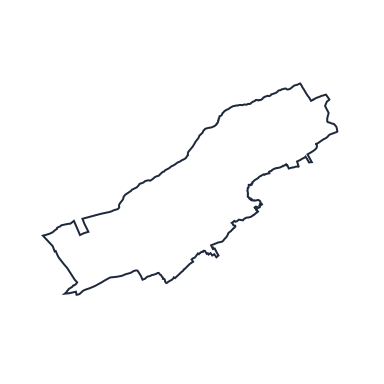 the district of Gherghesti, Vaslui, Romania, rotated 78°
{"feature_id": "2599482B70910765176420", "entity_name": "Gherghesti", "entity_type": "district", "adm_level": 2, "iso_a3": "ROU", "parent_name": "Romania", "parent_adm1": "Vaslui", "projection": "equal_earth", "projection_center": [27.522, 46.523], "detail": "fine", "context": "isolated", "style": "outline", "palette": "slate", "viewbox_px": 384, "rotation_deg": 78, "n_neighbors": 0, "source": "geoboundaries", "source_scale": "gbopen_adm2", "svg_char_len": 6053}
<svg xmlns="http://www.w3.org/2000/svg" viewBox="0 0 384 384"><g transform="rotate(78 192 192)"><path d="M268.5,326.3L268.6,325.0L268.5,323.7L268.3,323.0L266.0,319.2L265.4,316.7L264.9,312.3L263.8,306.6L261.6,299.1L260.5,296.2L258.6,289.9L259.3,283.1L259.4,277.9L258.6,273.8L258.4,269.5L258.0,267.6L257.4,266.3L257.1,264.9L257.1,263.1L257.3,262.1L257.6,261.6L263.2,259.5L267.5,258.6L267.0,255.8L266.1,254.5L265.5,252.9L265.5,250.6L264.8,248.2L265.0,247.3L264.6,243.9L264.1,242.7L264.2,241.4L266.3,240.3L266.9,239.5L268.8,239.0L269.5,238.3L271.0,238.4L271.2,237.4L271.6,237.0L272.8,236.8L274.1,236.9L274.6,236.7L275.7,236.1L275.7,235.5L274.9,233.9L273.6,229.8L272.6,228.3L271.7,227.4L272.7,226.5L269.3,220.9L268.3,219.5L268.3,219.2L267.6,218.1L267.5,217.6L266.4,216.2L266.0,216.1L265.8,215.2L262.0,209.3L260.7,206.2L260.6,205.6L260.5,205.4L257.9,206.4L257.0,204.6L256.9,203.5L256.6,202.7L253.4,199.0L254.2,198.2L253.6,197.5L253.5,196.9L252.8,195.8L252.7,195.3L252.8,193.9L252.4,193.9L252.3,193.4L251.9,192.9L252.3,191.6L255.6,190.4L255.2,189.3L256.6,188.8L255.7,186.6L258.3,185.4L257.5,183.2L260.9,181.7L259.6,179.3L256.6,180.3L252.1,181.5L252.2,182.6L251.2,182.8L251.7,183.5L248.1,184.4L247.1,178.2L246.8,177.3L246.9,175.2L246.8,172.8L246.4,172.0L244.4,169.5L243.0,167.4L240.7,165.5L240.1,165.3L239.4,164.5L238.3,161.9L237.5,161.1L237.0,159.9L236.4,159.5L236.1,159.0L236.0,158.3L234.9,156.9L234.5,156.7L233.9,156.8L233.3,158.2L233.0,158.5L231.1,159.0L230.5,159.5L229.9,157.9L229.2,157.0L229.1,156.5L230.1,155.7L230.0,155.3L230.0,154.3L228.8,151.9L230.3,148.0L229.5,147.2L229.0,146.2L228.6,144.9L228.4,143.6L228.7,142.0L228.5,139.5L227.7,137.4L227.1,136.5L227.2,135.9L225.9,133.8L225.6,132.9L224.9,131.5L223.7,132.1L223.6,132.6L223.2,132.8L223.1,132.4L222.9,132.3L221.6,133.3L220.3,134.0L219.7,133.2L219.6,132.5L220.2,131.4L221.4,131.3L221.1,129.3L221.0,128.9L220.4,128.6L220.1,128.8L220.1,129.1L219.3,129.0L219.2,127.2L218.6,126.1L218.1,126.3L218.0,127.9L217.7,128.7L217.6,128.0L217.2,127.2L216.3,127.0L214.8,127.5L213.6,128.7L213.5,128.9L213.6,131.5L213.4,132.6L213.1,132.7L213.1,133.1L213.1,133.9L213.0,134.2L212.2,134.5L212.2,135.0L212.4,135.7L212.3,135.8L212.1,135.9L211.9,135.5L211.2,135.4L210.4,136.0L210.7,137.9L210.4,137.5L209.9,137.4L208.8,137.7L208.5,137.8L208.4,138.3L207.8,138.4L206.3,137.8L205.6,137.9L205.1,137.5L202.0,137.5L201.5,137.0L200.8,137.0L199.6,136.6L199.5,135.8L196.8,135.0L196.8,134.7L197.1,134.1L197.1,133.6L197.5,133.3L197.4,132.3L197.0,132.0L196.5,132.1L196.4,131.6L196.0,131.1L195.1,131.1L194.5,129.8L193.4,128.1L192.4,125.2L192.2,124.5L191.5,123.7L190.7,122.0L190.6,121.1L189.8,119.2L189.7,118.0L190.2,117.8L190.2,117.2L189.9,116.7L189.7,115.0L189.8,114.1L189.6,113.6L189.8,112.4L189.0,112.3L188.3,112.4L187.9,111.2L187.9,110.0L187.3,109.4L186.5,107.2L186.3,106.0L186.4,105.4L186.1,104.9L186.3,103.6L186.3,100.8L185.8,98.9L185.7,97.8L185.3,97.4L185.5,97.0L185.4,96.6L184.6,94.5L184.5,94.3L185.4,94.1L185.2,93.7L185.3,93.3L187.8,92.7L189.1,92.5L188.9,88.7L189.1,87.1L188.8,85.3L189.0,83.7L189.4,82.9L189.2,82.4L184.0,82.9L183.8,81.9L183.1,79.2L182.4,77.4L181.8,75.0L181.4,74.1L181.0,73.6L183.8,72.5L187.4,71.4L187.7,68.6L179.2,71.2L178.3,68.3L177.2,65.2L176.3,63.2L175.3,61.6L174.6,60.9L173.0,60.2L171.9,60.1L171.0,60.8L170.7,60.7L170.5,58.9L167.8,52.5L167.1,49.7L166.4,48.3L164.7,45.9L164.4,44.9L163.4,37.9L163.1,37.3L160.3,37.1L158.0,37.3L155.0,39.0L154.0,41.1L153.0,42.5L152.0,44.4L151.7,44.8L151.0,45.0L148.0,44.4L143.1,41.9L135.8,43.9L135.4,43.9L131.9,41.5L131.3,40.7L130.6,39.0L130.1,38.4L124.6,40.7L124.9,44.2L124.9,45.5L125.4,47.5L125.7,50.1L126.2,52.2L127.0,54.2L126.8,54.4L127.1,54.8L127.6,56.6L124.4,57.6L121.7,58.9L118.8,60.0L114.6,61.4L112.4,62.3L110.8,62.6L108.3,63.7L109.0,66.8L109.1,69.8L111.4,74.4L111.7,75.8L111.5,77.5L111.2,78.1L110.3,78.7L110.1,79.7L110.3,81.6L110.2,82.7L110.8,84.2L110.7,86.1L111.1,86.9L111.8,87.7L112.5,89.5L113.0,93.4L112.9,94.0L113.8,94.9L114.3,96.5L113.6,98.3L113.9,99.7L114.0,101.2L114.5,102.0L114.4,102.4L115.2,103.5L115.6,103.7L116.2,105.5L116.3,106.6L115.9,107.3L116.2,108.1L115.3,109.8L115.3,110.6L116.0,111.7L116.5,114.1L117.0,115.3L117.8,116.5L117.9,117.3L117.5,118.7L117.9,120.4L117.3,122.7L117.5,124.9L116.8,127.0L116.8,128.3L117.0,129.4L116.7,129.9L116.5,130.9L116.7,131.4L116.6,133.2L116.7,134.4L117.6,137.4L118.5,139.2L118.8,141.4L119.2,142.0L119.3,142.8L119.6,143.1L119.8,143.7L121.0,145.1L121.0,145.5L123.1,147.1L123.4,147.8L123.6,149.3L125.3,150.0L125.5,150.4L125.9,150.7L127.0,150.9L127.4,151.6L128.4,151.7L128.9,152.0L129.8,152.7L129.9,153.2L130.8,153.7L130.9,154.2L131.3,154.4L131.4,154.9L132.3,156.3L132.4,157.5L132.7,158.5L132.9,160.2L132.7,162.4L132.9,166.0L133.9,167.1L134.1,167.8L136.4,169.6L138.0,172.4L138.6,173.2L140.6,174.5L143.2,177.7L147.7,181.8L151.9,187.2L153.1,187.9L154.4,188.3L155.2,188.3L156.1,189.7L157.2,190.5L158.1,192.3L158.4,193.4L158.4,193.8L158.7,194.4L158.8,195.3L159.7,197.4L160.1,199.8L161.8,203.6L162.8,207.3L163.9,209.3L165.2,213.8L166.2,215.1L166.2,216.3L167.7,219.0L169.1,221.0L169.4,224.0L169.6,224.9L171.2,227.9L172.2,230.3L172.1,231.0L171.6,231.8L171.4,233.2L171.6,234.3L171.5,234.6L171.7,235.9L172.6,237.4L172.9,239.3L173.0,239.6L172.9,240.2L173.1,240.7L173.0,241.2L173.2,241.6L174.4,242.8L176.0,245.1L177.3,250.3L178.1,251.2L179.8,255.3L180.4,256.9L180.9,258.0L182.5,259.9L184.2,260.6L185.4,261.6L188.3,265.1L189.4,265.9L190.3,266.3L191.4,266.3L192.1,266.5L193.1,267.7L193.3,268.5L193.6,272.3L194.2,274.9L194.4,277.1L194.4,285.7L195.4,304.7L200.5,303.9L209.4,301.6L209.8,306.3L210.8,310.5L195.7,313.5L197.2,316.5L197.7,317.8L197.4,319.9L197.4,326.7L198.2,327.9L198.5,329.8L199.2,331.6L200.0,331.8L200.9,334.0L202.4,336.7L203.2,339.8L203.6,344.2L203.7,346.9L216.0,339.5L221.5,338.7L221.2,338.0L221.3,337.6L225.9,336.7L228.4,336.0L236.2,332.2L240.1,330.0L253.5,324.9L256.5,323.1L257.7,324.3L258.4,325.5L258.5,326.2L258.8,326.5L258.7,327.1L258.9,327.9L259.7,328.6L260.0,329.3L261.3,332.9L262.1,333.5L262.7,334.5L264.1,335.9L265.0,337.6L265.5,332.9L265.4,326.3L268.5,326.3Z" fill="none" stroke="#1e293b" stroke-width="2"/></g></svg>